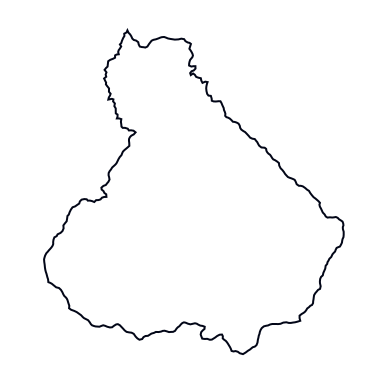 the district of Gurinhatã, Minas Gerais, Brazil, rotated 358°
{"feature_id": "56859067B51410888588014", "entity_name": "Gurinhatã", "entity_type": "district", "adm_level": 2, "iso_a3": "BRA", "parent_name": "Brazil", "parent_adm1": "Minas Gerais", "projection": "albers", "projection_center": [-49.875, -19.057], "detail": "fine", "context": "isolated", "style": "outline", "palette": "ink", "viewbox_px": 384, "rotation_deg": 358, "n_neighbors": 0, "source": "geoboundaries", "source_scale": "gbopen_adm2", "svg_char_len": 5976}
<svg xmlns="http://www.w3.org/2000/svg" viewBox="0 0 384 384"><g transform="rotate(358 192 192)"><path d="M295.7,324.5L295.1,321.8L295.2,319.3L297.4,317.7L299.3,316.7L300.9,315.5L302.1,314.0L303.1,312.4L305.0,311.1L306.3,309.8L308.0,309.1L309.1,307.3L309.3,305.3L309.7,303.5L310.0,301.6L310.4,299.4L311.7,297.4L313.0,296.0L314.6,294.2L316.6,293.3L317.3,290.6L316.7,287.6L316.7,285.6L317.1,283.3L318.0,281.4L319.8,279.9L320.5,277.3L321.5,275.3L322.5,273.2L323.0,270.4L324.6,268.6L325.0,266.8L326.0,265.4L327.0,263.5L328.9,261.8L330.2,259.2L331.4,257.9L332.9,256.5L333.7,254.5L334.6,252.9L336.3,252.2L337.9,251.7L339.1,249.8L340.1,247.8L340.4,246.0L340.8,244.4L341.8,242.4L342.1,240.1L342.2,237.0L341.5,234.3L341.5,232.3L342.2,230.6L342.0,228.6L341.4,226.8L339.8,225.6L338.0,224.4L336.7,222.9L334.9,222.0L332.9,222.3L331.2,222.4L328.9,222.1L326.5,222.3L324.8,221.1L323.8,219.1L322.0,217.1L321.0,214.7L320.3,213.0L319.3,211.1L318.9,209.1L319.5,207.3L318.1,205.6L316.5,204.1L315.2,202.9L313.3,201.4L311.5,199.1L310.1,197.1L309.0,195.0L307.1,193.7L305.2,191.9L302.9,190.2L300.9,189.6L299.0,189.5L296.9,187.9L295.9,185.1L295.0,183.4L293.5,182.6L291.7,181.8L290.1,181.2L288.4,180.4L286.9,178.7L285.6,177.1L284.6,175.3L283.0,173.1L281.4,171.4L280.1,168.6L279.9,166.1L278.1,164.5L276.1,163.1L274.3,162.2L273.2,160.7L272.3,159.0L271.3,157.5L269.8,156.4L268.6,155.0L267.8,153.4L267.6,151.5L266.2,150.3L262.9,149.9L260.7,148.0L259.7,146.1L259.0,144.5L257.8,143.0L256.6,141.3L254.1,140.8L252.0,139.7L250.7,138.0L248.9,135.9L247.2,134.0L245.3,132.8L243.4,131.3L242.4,129.6L242.0,127.3L240.9,125.3L239.1,124.2L237.2,123.5L235.3,123.2L234.0,121.6L232.3,119.9L230.5,118.9L229.0,118.4L227.8,117.0L228.1,115.0L227.6,113.1L226.8,111.1L226.6,109.2L225.4,106.4L224.6,104.2L223.6,102.3L221.6,102.2L219.0,102.4L216.7,102.2L215.0,101.5L214.9,99.3L214.2,96.6L211.8,96.2L210.6,94.5L210.0,91.7L209.8,88.9L210.1,86.8L210.7,84.5L211.4,82.7L209.1,82.2L206.3,83.3L205.2,81.0L204.8,78.6L202.4,78.0L200.2,77.1L198.9,74.9L197.2,73.6L194.9,75.1L194.3,73.1L195.8,71.3L198.0,70.6L199.8,68.8L199.8,66.4L198.0,66.3L195.7,66.6L193.5,65.5L193.6,63.8L194.0,62.0L194.7,60.0L195.8,58.7L197.0,57.4L197.7,55.7L197.3,53.9L196.4,52.0L195.5,50.4L194.4,48.8L195.2,46.5L196.1,44.0L194.8,42.9L192.9,42.4L190.7,41.0L189.5,39.0L186.7,38.4L183.8,39.0L180.2,39.1L175.9,38.3L173.3,37.7L171.6,36.9L169.6,36.1L167.3,36.2L165.7,36.6L164.2,37.2L161.4,38.1L158.7,38.6L156.9,39.4L155.8,40.7L154.3,42.5L152.5,45.1L150.4,46.0L148.7,45.6L146.9,45.4L144.9,44.8L143.9,42.7L143.5,40.4L141.4,38.7L139.1,38.0L137.7,36.6L136.8,34.3L135.7,32.4L134.1,30.6L133.1,28.2L132.1,30.3L129.8,31.4L129.9,33.7L128.6,35.7L127.3,38.4L126.5,40.7L125.1,42.0L126.3,44.1L124.9,46.2L123.7,47.7L123.1,49.5L123.6,51.8L121.4,52.0L119.9,52.8L119.8,55.1L118.0,56.0L114.8,57.1L112.8,58.4L112.0,63.7L110.4,65.1L108.9,66.9L110.7,69.4L109.8,71.6L110.3,73.8L108.1,75.5L109.1,77.8L110.0,79.7L109.7,81.4L110.9,83.2L112.7,85.6L112.5,88.9L114.1,91.0L113.4,92.8L112.2,94.6L111.6,96.7L115.2,96.1L116.7,96.7L116.3,98.7L118.0,100.8L117.4,103.5L118.7,105.8L118.6,108.8L118.6,110.8L120.3,112.0L120.2,114.2L119.5,115.9L121.9,116.0L123.9,116.7L123.4,119.4L123.7,122.0L123.8,124.2L125.0,125.5L127.4,125.6L130.0,126.5L131.1,128.3L133.2,128.2L135.7,128.7L137.7,130.4L135.8,132.4L133.3,133.6L131.8,135.1L130.9,136.9L130.8,138.7L131.0,140.8L131.0,143.7L129.1,145.3L127.7,146.4L126.0,147.7L124.4,149.2L123.6,150.8L122.8,152.7L121.0,154.6L119.7,156.6L118.6,158.7L117.5,160.7L116.3,162.0L114.9,163.2L113.1,164.7L111.7,166.8L110.4,168.3L109.4,170.1L109.2,172.3L109.7,174.4L110.0,176.7L108.8,178.9L107.5,180.3L106.1,182.0L103.7,182.8L101.6,184.5L101.8,186.4L103.6,188.0L104.4,189.9L106.2,191.3L106.3,193.9L104.1,193.9L101.9,194.5L100.3,196.2L98.3,196.8L95.9,196.8L94.0,198.6L91.8,197.6L89.6,197.0L87.6,197.0L86.5,195.6L84.1,195.3L81.4,195.8L79.6,197.5L78.9,199.6L76.8,200.9L74.7,202.3L72.1,203.1L70.4,205.3L69.0,207.9L68.1,210.3L66.7,211.6L66.3,214.0L65.7,216.9L63.8,219.0L62.3,220.9L62.4,223.9L61.2,226.5L59.2,228.3L56.2,229.6L55.2,231.4L52.9,232.5L51.9,234.9L51.5,237.2L51.5,239.1L50.9,240.7L49.6,242.5L48.2,244.0L47.0,245.2L45.8,246.6L44.3,248.1L43.0,250.4L42.3,252.4L41.8,254.1L41.9,256.7L42.2,259.3L42.4,262.4L42.7,264.7L43.1,266.6L43.7,268.6L44.5,272.2L45.1,274.2L45.3,277.1L47.0,277.8L48.7,278.8L50.4,280.3L52.9,282.5L55.7,283.3L57.6,285.2L59.0,287.7L59.8,289.7L60.7,291.4L62.1,292.8L63.1,294.1L63.8,295.7L64.5,298.4L65.4,301.4L65.1,303.9L67.1,305.5L70.1,306.7L72.6,308.0L74.7,309.6L76.9,311.3L78.5,313.2L79.7,314.3L83.7,316.5L85.3,318.7L86.3,320.5L87.4,321.7L89.3,322.5L91.0,323.0L92.9,323.2L94.8,323.4L96.7,322.7L98.6,322.1L100.5,322.7L102.6,323.7L105.3,324.5L107.4,324.4L109.5,322.9L111.6,321.7L113.3,321.5L115.2,322.6L116.9,324.5L118.5,326.3L119.8,327.9L121.7,329.5L124.2,330.1L126.7,330.5L128.8,331.7L130.6,334.5L132.3,336.4L134.3,337.8L137.1,337.2L138.5,335.3L140.5,334.3L143.0,334.2L146.5,332.1L149.0,331.5L151.0,330.6L153.8,330.8L156.3,330.4L157.9,329.8L159.8,329.7L162.0,330.4L164.1,331.2L166.2,331.1L168.2,331.1L170.2,330.2L171.8,328.0L173.1,326.7L174.7,325.7L176.3,323.9L177.8,322.6L179.4,322.0L181.1,322.4L183.4,323.5L185.8,324.2L190.4,323.3L192.2,323.8L193.7,324.8L195.6,325.8L197.9,326.2L200.0,327.1L199.7,329.3L197.9,330.7L196.3,332.4L195.7,334.8L196.3,336.6L197.1,338.9L199.3,339.3L202.2,339.3L204.7,340.3L206.7,340.2L210.0,338.3L212.1,336.8L214.6,335.6L217.0,335.5L217.8,337.2L217.6,339.4L219.0,340.8L220.5,341.9L221.7,343.4L222.7,345.0L223.7,346.8L224.6,348.4L225.4,350.2L226.0,352.2L227.9,352.8L230.0,352.5L232.3,353.3L234.1,354.8L237.3,355.8L240.0,354.3L242.4,352.6L244.4,351.5L245.8,350.4L247.2,349.3L249.4,348.7L251.1,347.3L252.2,344.8L252.7,341.9L253.3,339.9L253.7,338.0L254.5,336.1L254.9,334.3L255.7,332.4L256.9,330.5L259.1,328.8L261.3,328.3L263.4,328.0L265.5,327.1L267.7,326.7L270.2,326.8L273.7,327.0L275.9,326.8L278.7,325.7L281.8,325.5L284.1,326.2L286.3,326.3L288.4,326.0L290.5,325.8L293.2,325.2L295.7,324.5Z" fill="none" stroke="#020617" stroke-width="2"/></g></svg>